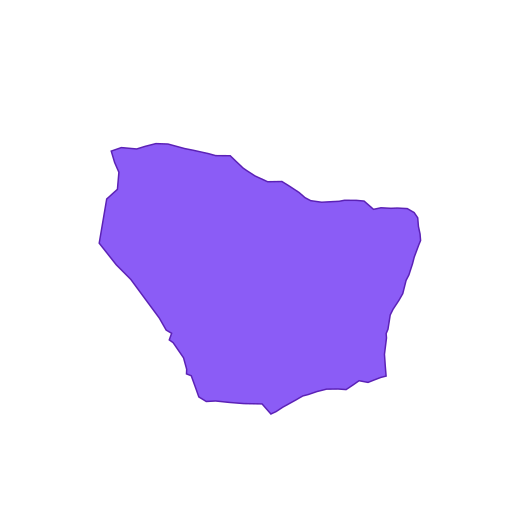 Zing, Taraba, Nigeria, rotated 134°
{"feature_id": "59680162B60568566930973", "entity_name": "Zing", "entity_type": "district", "adm_level": 2, "iso_a3": "NGA", "parent_name": "Nigeria", "parent_adm1": "Taraba", "projection": "mercator", "projection_center": [11.715, 8.874], "detail": "fine", "context": "isolated", "style": "filled", "palette": "violet", "viewbox_px": 512, "rotation_deg": 134, "n_neighbors": 0, "source": "geoboundaries", "source_scale": "gbopen_adm2", "svg_char_len": 1526}
<svg xmlns="http://www.w3.org/2000/svg" viewBox="0 0 512 512"><g transform="rotate(134 256 256)"><path d="M281.1,433.0L286.9,422.7L291.0,412.8L304.3,402.0L318.7,403.0L355.7,377.7L359.4,350.4L359.8,329.9L364.1,304.6L367.8,282.5L371.7,269.1L370.2,263.0L376.6,260.1L375.9,255.4L379.6,237.3L381.0,235.0L384.6,228.9L385.7,227.1L389.1,224.1L387.1,219.4L393.4,206.6L393.5,206.4L397.1,199.2L395.2,190.7L388.4,184.4L379.8,173.4L370.5,162.1L358.2,148.9L359.3,135.5L359.2,135.5L354.1,133.5L348.8,132.3L346.1,131.7L331.5,127.2L327.1,126.0L325.2,125.4L324.3,125.2L319.2,122.1L311.0,117.9L307.5,115.7L302.8,112.8L294.6,104.5L289.5,98.4L286.3,97.7L280.2,96.4L275.0,95.4L274.1,95.2L269.1,87.6L262.9,84.8L256.7,81.9L252.0,79.0L249.1,82.3L244.8,87.2L241.9,90.4L237.5,95.3L228.7,101.9L224.3,105.2L221.4,108.5L217.0,110.2L215.6,111.2L211.0,114.4L205.2,118.5L201.7,119.6L199.2,120.4L188.6,122.4L181.1,124.3L175.2,127.7L169.3,131.1L163.3,132.9L160.3,134.4L152.9,138.0L146.9,141.4L135.0,146.6L130.5,148.4L126.2,153.3L121.9,159.7L116.2,166.2L114.9,172.4L116.8,180.1L123.3,187.6L128.0,192.1L134.5,199.6L140.8,203.9L141.1,210.2L141.4,216.4L146.2,222.4L154.5,231.1L158.9,234.2L163.7,238.7L171.7,246.1L178.2,255.1L180.0,261.3L180.4,269.0L182.4,279.8L184.4,289.1L190.5,295.2L194.5,299.2L199.1,312.3L201.0,322.0L201.7,326.3L201.8,336.4L201.8,344.2L211.8,354.7L215.1,360.8L223.4,374.4L228.3,382.0L231.6,388.0L236.6,397.1L244.7,406.1L254.1,411.9L261.9,416.2L270.2,426.5L271.6,428.2L281.1,433.0Z" fill="#8b5cf6" stroke="#5b21b6" stroke-width="1.5"/></g></svg>